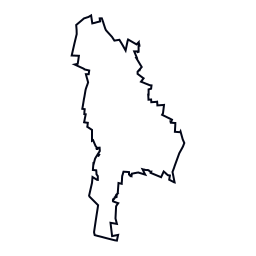 Doctor Arroyo, Nuevo León, Mexico
{"feature_id": "50627088B71309560932065", "entity_name": "Doctor Arroyo", "entity_type": "district", "adm_level": 2, "iso_a3": "MEX", "parent_name": "Mexico", "parent_adm1": "Nuevo León", "projection": "robinson", "projection_center": [-100.316, 23.81], "detail": "fine", "context": "isolated", "style": "outline", "palette": "ink", "viewbox_px": 256, "rotation_deg": 0, "n_neighbors": 0, "source": "geoboundaries", "source_scale": "gbopen_adm2", "svg_char_len": 4332}
<svg xmlns="http://www.w3.org/2000/svg" viewBox="0 0 256 256"><path d="M174.6,182.4L174.3,181.0L173.1,174.9L172.5,172.0L174.1,167.7L174.6,166.1L175.8,162.8L179.3,153.2L181.9,148.5L183.0,146.4L184.3,143.0L182.7,139.3L181.8,136.1L181.6,135.4L180.5,131.4L180.1,132.2L174.9,131.8L175.0,130.2L175.1,128.0L175.2,126.7L175.3,124.5L175.3,123.0L175.1,123.0L170.8,122.7L170.5,121.4L171.3,121.4L172.0,119.7L163.3,115.4L162.1,114.8L162.4,114.3L163.0,113.2L163.8,106.7L164.0,104.9L163.1,105.0L161.6,105.1L159.1,105.3L157.4,105.4L157.3,103.8L157.1,101.7L156.6,101.8L154.4,102.0L151.3,102.2L151.1,99.5L148.5,99.7L148.4,97.6L148.2,94.7L148.6,94.7L148.6,89.4L151.1,88.7L151.5,85.4L149.7,85.2L141.5,81.9L141.0,81.7L143.6,78.3L142.7,77.7L137.6,73.9L137.6,71.7L139.4,69.7L139.7,70.0L140.0,69.4L139.8,69.2L140.8,68.1L141.3,67.5L141.7,67.0L136.2,57.9L136.9,57.8L134.2,51.4L137.3,51.4L137.6,52.1L138.6,51.8L138.6,48.9L138.6,45.4L138.6,45.2L138.8,45.3L139.1,45.4L139.4,45.5L139.4,45.1L139.2,45.0L139.1,44.4L139.1,44.1L139.1,43.9L139.0,43.5L139.0,43.4L138.8,43.0L138.7,43.0L138.7,42.2L136.5,44.4L128.1,39.5L127.6,40.9L125.6,50.5L122.7,45.3L122.1,44.3L121.1,42.6L120.4,41.5L119.4,39.8L114.4,40.6L112.0,36.9L108.0,32.5L107.1,31.5L106.4,30.7L105.9,30.1L105.2,28.5L103.4,23.0L103.3,22.5L102.9,21.4L102.8,21.1L102.7,21.0L102.6,20.6L102.5,20.3L102.3,19.7L102.2,19.4L102.1,19.2L101.8,18.3L101.1,18.3L99.7,18.4L100.1,21.4L96.2,22.4L95.3,22.7L94.8,22.8L92.3,23.4L91.1,15.4L88.4,17.0L86.4,17.6L86.2,17.7L85.6,17.9L84.0,18.4L81.9,20.2L76.2,25.0L76.6,29.9L76.7,34.1L74.5,43.2L71.7,55.5L74.3,55.6L78.9,55.8L78.3,60.0L77.7,63.8L76.1,64.2L74.7,64.5L78.3,66.2L83.3,68.5L84.2,69.0L84.4,69.4L89.2,70.5L88.7,74.2L85.9,74.2L86.2,75.4L86.5,76.5L86.8,77.7L87.3,79.3L88.1,82.4L87.8,83.3L87.1,85.4L86.9,85.8L85.8,89.0L85.5,90.3L84.4,96.8L84.0,98.7L82.7,106.7L82.3,108.8L82.9,108.9L83.6,109.0L84.7,109.2L84.5,110.9L84.3,114.1L85.7,114.3L85.2,116.8L84.9,118.2L84.5,120.4L84.1,122.3L84.6,122.4L87.8,122.8L87.7,123.7L87.4,126.6L87.3,126.8L92.0,129.9L92.0,137.6L92.0,140.8L93.1,140.2L95.5,145.9L96.5,147.1L96.7,148.2L96.5,148.4L96.6,148.9L96.7,149.0L96.8,149.0L96.8,148.8L96.9,148.7L97.0,148.7L97.0,148.8L97.0,149.0L97.3,149.0L97.3,148.8L97.3,148.6L97.5,148.5L97.4,148.0L98.0,147.9L98.7,147.8L99.0,147.7L99.6,147.7L99.8,151.0L99.3,151.8L98.5,153.1L97.9,154.0L99.2,154.7L98.5,155.8L97.2,155.2L96.6,156.1L96.1,156.9L95.8,157.4L95.1,158.6L93.7,163.8L93.4,163.6L93.0,168.3L92.9,170.0L96.2,170.3L96.4,172.1L96.5,174.3L97.8,176.1L97.8,179.9L97.0,179.8L92.5,177.0L92.3,179.6L92.0,182.9L89.1,195.6L89.5,196.6L98.1,205.2L97.6,208.6L96.3,216.9L95.5,222.2L94.1,231.7L94.1,232.6L94.7,235.1L98.0,236.0L98.5,236.1L99.3,236.3L101.7,236.9L103.9,237.5L105.8,238.0L108.1,238.6L112.5,239.7L114.1,240.1L114.9,240.3L116.9,240.6L117.7,236.7L118.1,234.9L112.1,236.1L110.5,222.8L116.9,223.9L115.5,218.5L115.5,218.2L116.1,206.3L116.2,206.2L116.6,205.4L116.9,205.0L118.2,203.2L117.3,202.9L115.9,202.4L113.1,201.4L112.9,201.0L112.9,200.7L113.0,200.3L113.1,200.0L113.1,199.7L113.3,199.4L113.2,199.3L113.4,199.0L113.7,199.2L113.8,199.2L114.0,198.9L114.2,198.6L114.3,198.6L114.4,198.4L114.5,198.2L114.7,197.8L115.3,197.5L115.2,197.3L115.7,197.2L115.9,197.1L116.4,197.1L116.6,197.0L116.6,196.8L116.6,196.6L116.4,196.5L116.4,196.4L116.2,196.1L116.3,196.0L116.3,195.9L116.2,195.7L115.9,195.7L116.1,195.3L116.2,195.1L116.3,195.0L116.3,194.9L116.5,194.8L116.8,194.7L116.7,194.5L116.9,194.4L117.0,194.3L116.9,194.2L117.0,194.0L117.3,193.8L117.5,193.7L117.8,193.3L117.9,193.2L117.7,193.0L117.9,191.2L118.5,183.0L121.7,183.8L121.8,181.7L121.9,181.3L121.9,181.0L122.0,179.7L122.0,179.4L122.0,179.1L122.0,178.7L122.2,176.0L122.7,174.5L123.2,172.7L123.3,172.2L123.5,171.7L126.7,171.9L129.0,172.1L129.0,174.4L129.8,174.9L129.7,175.1L129.7,175.4L130.0,175.6L130.0,175.2L131.5,176.1L131.8,173.7L132.5,173.6L133.2,173.4L134.0,173.3L134.7,173.1L135.5,173.0L136.8,172.7L137.3,172.6L138.2,172.6L138.4,172.5L139.5,172.9L140.5,173.2L145.2,174.6L144.6,173.5L143.6,171.4L142.5,169.2L142.9,169.3L143.4,169.5L144.0,169.7L144.5,169.6L145.1,169.9L145.9,170.0L147.1,170.1L147.7,170.0L148.7,170.3L149.3,171.0L149.7,171.4L150.4,171.6L150.8,171.6L151.2,171.6L150.7,172.9L161.1,177.2L163.7,171.5L165.7,173.2L165.9,173.5L167.9,175.2L169.9,175.5L169.2,179.7L171.9,181.1L174.2,182.3L174.6,182.4Z" fill="none" stroke="#020617" stroke-width="2"/></svg>